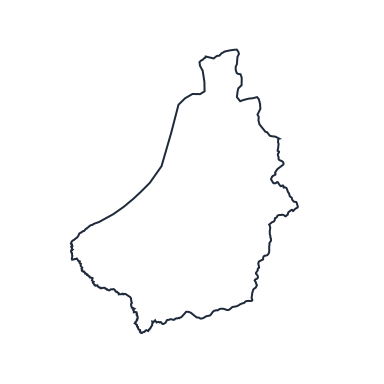 Xon, Houaphan, Laos (orthographic projection), rotated 193°
{"feature_id": "54806243B87375658661080", "entity_name": "Xon", "entity_type": "district", "adm_level": 2, "iso_a3": "LAO", "parent_name": "Laos", "parent_adm1": "Houaphan", "projection": "orthographic", "projection_center": [103.485, 20.489], "detail": "fine", "context": "isolated", "style": "outline", "palette": "slate", "viewbox_px": 384, "rotation_deg": 193, "n_neighbors": 0, "source": "geoboundaries", "source_scale": "gbopen_adm2", "svg_char_len": 5899}
<svg xmlns="http://www.w3.org/2000/svg" viewBox="0 0 384 384"><g transform="rotate(193 192 192)"><path d="M298.4,114.5L298.0,114.0L297.2,114.0L297.1,113.5L296.4,112.5L297.2,112.0L297.4,111.4L296.4,110.7L296.2,109.5L295.3,109.1L295.9,108.1L296.5,107.9L296.3,107.3L296.5,106.7L295.6,105.6L295.2,105.5L294.8,104.3L294.8,103.8L294.2,102.9L294.1,101.1L294.2,100.3L293.6,99.1L292.0,99.7L291.3,100.3L290.1,100.6L289.3,101.3L287.0,99.1L285.8,99.3L285.6,99.0L285.8,98.2L285.7,97.7L284.4,97.0L284.1,97.0L284.1,96.6L284.3,96.3L284.0,95.8L283.8,94.9L281.9,93.5L282.4,92.4L281.6,91.6L281.8,90.9L281.2,90.2L280.7,90.1L280.6,90.4L279.3,90.2L279.0,89.6L278.0,89.4L277.7,89.0L277.7,88.5L276.7,88.5L275.9,87.7L275.3,88.1L275.1,87.9L275.2,87.4L272.8,86.7L272.7,86.0L272.3,85.7L269.9,85.9L269.5,85.7L269.8,85.2L269.5,84.2L269.6,83.5L269.2,83.4L268.9,82.8L268.4,82.5L268.3,81.6L268.0,81.4L267.7,81.6L267.8,81.0L267.6,80.8L266.6,80.1L266.0,79.3L265.6,79.5L265.3,79.1L264.9,79.0L263.2,79.8L262.9,79.1L262.3,78.6L261.6,78.6L261.4,78.3L260.5,78.0L259.6,78.2L259.4,77.7L259.1,77.6L256.6,78.8L255.3,79.0L254.6,78.3L253.4,78.4L253.0,77.7L252.1,77.8L250.8,77.4L250.1,77.8L249.4,78.8L248.6,79.1L247.9,79.1L246.6,79.8L244.9,79.0L244.7,78.5L244.0,78.2L243.5,77.6L243.2,77.6L242.6,77.9L241.8,77.2L240.8,77.1L240.6,76.8L240.3,75.8L239.6,76.1L238.2,76.4L236.6,77.4L236.3,77.3L235.9,76.8L234.6,77.6L233.9,77.7L228.4,75.6L227.4,74.5L227.1,73.1L226.6,72.3L226.4,71.3L225.7,70.8L225.7,69.8L226.1,69.3L226.1,68.7L225.8,67.8L224.7,65.8L224.6,65.7L223.6,65.8L221.9,65.3L222.7,64.6L223.0,64.0L221.9,63.0L221.6,61.7L219.9,62.4L218.9,62.3L218.6,61.2L218.1,60.7L218.4,60.0L217.9,59.7L217.8,59.1L217.2,58.8L216.8,58.2L216.8,57.5L216.5,56.7L217.0,55.8L216.6,55.3L217.0,54.7L216.8,54.2L217.4,53.3L217.4,52.8L218.0,52.4L218.0,51.7L218.2,51.2L217.4,51.1L217.0,50.5L216.4,50.5L216.0,50.1L215.6,50.0L215.6,49.3L215.2,48.6L214.9,48.3L214.3,48.3L214.2,47.5L213.5,46.8L213.2,46.1L212.5,45.8L211.5,45.8L211.3,45.2L211.4,44.5L211.0,44.2L211.0,43.8L209.8,43.2L209.2,43.3L209.2,43.7L208.6,44.0L207.8,44.7L207.0,44.9L206.5,45.6L206.2,46.4L205.5,47.1L203.4,46.7L203.1,48.2L202.4,48.5L202.3,49.6L201.7,50.3L201.6,51.5L200.8,53.2L201.1,54.3L201.1,55.8L201.6,56.8L200.6,56.8L200.2,56.6L199.9,57.5L199.6,57.8L199.1,58.6L198.6,57.9L197.6,57.5L197.2,56.9L195.4,57.9L194.2,57.6L193.9,58.0L193.4,58.2L192.9,58.2L192.2,57.5L191.4,57.0L190.9,56.8L190.3,56.9L188.4,58.6L187.6,61.4L187.4,61.7L185.8,62.2L184.8,63.0L184.0,63.3L181.0,63.3L180.3,63.8L179.9,64.6L179.1,65.2L178.6,65.5L177.9,65.5L176.6,66.3L176.0,66.2L175.5,66.9L174.2,67.7L171.4,72.7L171.0,73.7L170.2,74.2L168.0,74.4L166.0,74.1L159.4,70.9L156.7,71.1L155.4,70.6L154.5,70.7L153.0,71.5L151.5,72.7L150.8,73.7L148.8,74.8L147.2,75.4L146.3,76.2L144.7,80.0L143.7,81.2L141.7,82.3L140.8,82.3L140.1,82.7L139.1,83.9L138.0,84.6L136.2,85.1L134.7,85.3L131.6,84.9L130.4,85.1L129.3,85.7L127.7,87.7L127.3,88.5L126.4,89.2L123.0,90.6L121.4,91.8L120.7,92.4L120.1,93.2L117.6,95.0L116.6,95.4L116.0,96.0L115.6,96.9L115.0,97.6L113.3,98.4L109.8,99.2L109.0,99.7L108.9,100.3L110.2,102.5L110.3,105.1L110.6,107.1L110.3,110.8L109.6,111.9L108.4,113.2L107.8,115.8L109.0,117.3L109.7,118.7L111.0,119.8L110.9,120.5L110.6,121.1L109.0,122.3L108.6,123.1L108.6,123.8L109.0,124.8L109.8,125.8L111.3,126.8L111.5,127.2L111.4,127.8L110.4,130.2L110.3,130.7L110.6,131.5L110.6,132.2L109.7,133.2L109.6,133.6L111.3,137.1L111.3,138.9L111.0,139.5L107.6,142.3L107.9,144.5L107.6,145.5L106.8,146.3L106.4,146.3L105.2,146.9L104.4,147.5L103.7,148.7L103.3,150.3L103.5,152.0L104.6,156.5L104.5,157.7L105.0,159.0L105.0,159.9L104.1,162.2L104.7,164.6L105.5,165.5L105.8,167.0L106.5,167.9L107.4,171.0L107.7,174.7L108.2,175.9L109.5,177.6L107.1,180.7L105.9,181.4L105.4,182.1L105.0,183.4L105.3,185.0L105.1,185.3L104.2,185.9L103.7,186.5L103.5,187.9L103.0,188.5L102.1,189.1L100.1,189.6L99.4,190.1L98.1,190.2L96.8,189.9L96.1,189.5L95.3,189.4L95.0,189.6L94.6,190.5L93.6,191.5L93.7,193.2L93.4,194.1L91.0,197.0L90.5,197.1L89.3,196.2L88.9,196.5L88.2,198.0L87.2,199.3L85.9,200.3L85.6,200.8L85.6,201.5L87.4,204.8L88.2,205.7L90.7,205.5L92.7,207.1L93.6,209.0L95.2,209.5L95.9,210.1L97.1,212.4L98.5,213.6L100.4,216.6L100.8,217.0L102.0,217.5L102.7,217.4L103.2,217.0L103.6,216.9L104.0,217.4L104.4,218.6L104.7,218.8L105.3,218.7L106.4,217.8L106.9,217.7L107.7,218.1L109.8,220.0L110.2,220.6L110.8,220.9L111.3,220.8L112.5,219.4L114.0,218.9L114.6,218.9L117.8,222.0L117.9,222.5L117.4,224.9L116.9,225.8L114.8,227.5L114.6,227.9L114.7,228.5L115.4,229.3L115.2,230.1L114.2,233.0L112.9,234.8L109.3,239.1L109.1,239.9L109.3,240.6L109.8,241.4L110.9,242.2L114.1,242.8L114.8,243.3L115.2,244.0L115.4,245.3L116.6,247.1L116.8,248.4L116.2,250.2L116.2,250.8L116.4,251.0L117.4,251.1L117.9,251.5L118.0,255.1L118.3,256.4L118.3,257.7L118.6,258.7L119.4,259.8L119.8,262.8L119.6,263.3L119.0,263.6L123.3,264.7L126.7,264.3L128.8,264.3L132.4,267.2L134.0,267.2L141.4,273.0L143.3,276.6L143.9,280.3L145.6,282.1L144.1,288.4L145.5,293.1L147.8,297.5L149.9,299.1L154.0,297.0L157.8,295.7L162.6,293.2L165.5,291.3L169.6,294.6L170.2,300.1L170.2,303.4L167.7,307.2L168.8,312.4L169.3,314.6L171.2,317.6L173.8,317.5L175.2,318.0L176.9,320.8L177.6,323.9L177.0,326.5L178.1,333.9L177.3,337.2L178.5,339.1L180.4,340.8L182.8,340.1L187.2,338.4L192.0,336.1L192.5,335.4L194.4,333.8L196.0,331.0L198.0,330.3L198.7,329.8L200.9,327.0L209.2,327.1L209.2,325.9L210.3,325.0L211.2,323.4L212.9,321.9L213.9,320.2L212.6,316.8L208.8,312.4L204.7,302.1L202.4,293.0L206.1,289.2L213.6,287.6L219.8,281.8L224.8,274.0L225.6,244.7L227.5,210.3L235.2,191.4L241.8,180.8L247.4,172.5L255.1,162.3L263.6,152.8L275.9,141.8L280.8,138.7L281.2,138.0L281.7,137.5L282.9,137.0L283.7,136.4L284.1,135.7L284.6,135.3L285.0,134.5L286.0,133.5L286.4,132.6L287.2,132.2L288.3,129.8L289.6,129.2L290.0,128.8L290.3,128.1L290.6,127.7L291.2,127.5L292.5,126.1L292.8,124.1L293.7,121.8L294.7,120.8L296.1,118.9L297.1,118.1L298.1,116.6L298.4,114.5Z" fill="none" stroke="#1e293b" stroke-width="2"/></g></svg>